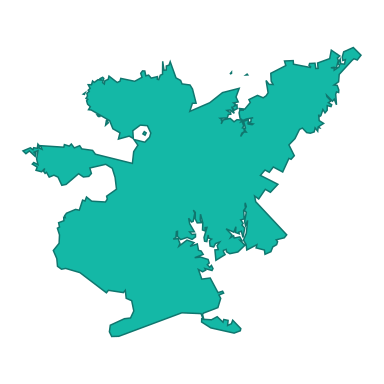 the district of MÄngere-ÅtÄhuhu Local Board Area, Auckland, New Zealand
{"feature_id": "76426892B61751173785029", "entity_name": "MÄngere-ÅtÄhuhu Local Board Area", "entity_type": "district", "adm_level": 2, "iso_a3": "NZL", "parent_name": "New Zealand", "parent_adm1": "Auckland", "projection": "equal_earth", "projection_center": [174.799, -36.975], "detail": "fine", "context": "isolated", "style": "filled", "palette": "teal", "viewbox_px": 384, "rotation_deg": 0, "n_neighbors": 0, "source": "geoboundaries", "source_scale": "gbopen_adm2", "svg_char_len": 5921}
<svg xmlns="http://www.w3.org/2000/svg" viewBox="0 0 384 384"><path d="M270.8,73.3L271.2,81.1L273.1,84.5L269.1,84.4L266.1,80.5L268.1,92.8L266.1,95.8L263.2,97.8L257.5,95.4L248.9,99.6L250.3,102.5L244.8,109.1L238.5,108.4L243.9,110.2L239.8,110.2L239.1,112.9L240.0,118.2L242.8,120.5L246.3,119.0L253.2,117.7L251.0,118.3L251.0,121.4L248.4,122.9L253.2,123.9L252.1,124.7L248.2,124.1L248.4,119.6L243.6,121.4L245.5,128.1L244.5,129.6L246.3,132.1L243.8,132.0L240.6,136.5L241.9,133.1L244.7,131.3L244.0,129.7L244.7,128.5L242.4,127.9L243.7,125.8L242.1,121.5L240.9,121.9L242.2,120.1L237.0,119.7L234.0,121.8L230.2,118.4L223.3,119.9L221.2,123.9L222.3,120.4L221.0,121.0L222.1,119.8L220.1,118.3L227.4,117.9L228.3,114.5L230.8,114.2L230.5,112.1L228.7,111.8L226.9,110.4L230.3,110.0L234.2,113.3L231.6,106.6L234.3,110.2L237.2,108.6L237.0,105.0L234.1,106.2L235.5,104.3L233.5,102.9L238.2,101.9L236.0,97.0L239.2,88.3L222.5,92.6L209.8,102.7L189.8,111.4L192.4,103.3L196.1,103.2L192.5,89.0L190.0,85.0L182.0,83.9L180.6,80.4L176.0,77.9L170.2,61.7L169.0,65.1L166.3,66.0L166.3,70.0L164.0,70.3L162.7,61.3L162.5,74.3L160.3,75.2L158.7,79.6L157.3,79.3L157.4,76.6L151.2,78.1L148.6,75.1L145.8,75.8L144.8,71.0L142.5,70.9L140.7,73.3L142.0,77.3L134.7,81.3L120.8,78.4L120.0,81.2L117.2,82.5L109.0,76.1L108.2,79.3L104.8,80.9L104.3,84.0L102.6,82.6L103.8,78.4L102.7,77.3L100.1,78.6L101.4,80.1L98.0,79.7L94.2,82.4L92.6,81.0L91.5,84.7L88.2,84.7L90.1,88.4L88.2,90.2L89.2,91.4L86.9,93.3L87.5,96.1L86.0,98.4L87.8,99.3L86.6,100.8L87.6,104.2L90.3,106.7L88.5,109.7L91.2,110.0L109.6,120.6L112.9,128.8L120.0,132.8L118.4,139.1L129.2,136.1L133.3,138.5L132.8,130.7L140.3,125.1L147.4,125.7L150.8,133.0L149.6,137.2L144.8,142.2L133.9,139.5L137.9,145.2L133.7,151.6L132.4,163.4L95.4,154.2L92.6,150.4L81.8,148.9L79.7,145.7L74.3,147.9L71.3,144.0L69.3,146.1L64.4,144.6L63.8,147.2L40.7,145.7L42.0,149.3L38.3,147.7L39.9,146.5L37.9,144.1L37.3,148.3L33.7,147.7L32.9,149.7L30.4,147.8L23.0,150.9L25.9,153.7L29.4,151.0L35.2,156.4L35.9,152.5L34.4,152.9L34.0,152.2L38.0,150.6L36.6,158.9L38.0,164.7L33.8,162.5L32.3,164.1L37.2,167.1L36.0,170.3L41.6,171.8L44.8,168.5L43.5,171.1L45.1,173.4L46.5,172.3L49.2,177.1L53.9,175.2L58.0,177.1L61.8,185.3L66.1,184.4L78.6,173.7L83.4,177.0L88.8,176.4L91.4,173.5L89.8,168.0L105.7,164.3L112.3,168.3L115.1,177.4L116.5,189.2L106.6,196.2L107.3,199.1L105.4,202.0L91.7,201.2L86.5,197.0L85.0,201.0L82.6,200.1L79.3,210.2L75.6,209.4L66.5,213.2L64.6,215.8L65.2,217.6L63.7,217.3L63.9,220.7L58.6,222.7L59.5,227.0L57.4,228.2L59.5,234.9L59.1,243.3L53.3,250.5L56.8,258.6L57.5,266.3L61.5,269.2L65.6,268.4L79.9,272.6L106.4,292.8L108.4,290.3L123.4,292.6L125.3,290.3L126.2,298.3L131.7,300.7L133.8,311.0L130.5,318.0L124.4,318.7L110.3,325.2L109.4,331.8L111.7,336.5L118.8,336.3L181.8,312.8L201.0,313.6L203.3,319.3L201.7,318.8L201.6,322.0L210.8,327.9L234.1,333.1L240.3,330.8L240.8,328.6L232.7,320.2L231.4,323.7L227.6,325.5L228.1,320.4L223.8,319.5L223.0,322.2L217.2,316.7L211.4,319.8L203.8,319.3L202.5,314.4L203.5,313.1L217.9,307.6L220.7,298.4L218.9,295.0L223.6,293.1L222.6,291.2L218.0,292.6L210.2,278.0L201.8,279.1L198.4,269.5L202.6,271.8L205.7,270.1L204.9,268.5L212.0,270.5L213.0,268.6L211.4,265.4L209.6,267.3L207.3,264.7L209.2,263.0L208.1,259.5L200.7,257.1L194.7,257.7L203.2,254.4L201.1,251.0L198.5,250.3L197.3,243.9L190.1,246.4L194.0,242.6L187.0,240.1L178.9,246.2L180.0,243.6L178.1,238.7L173.2,239.1L175.9,237.6L176.4,231.6L177.5,231.3L177.4,236.4L180.7,239.6L187.2,237.4L192.1,239.4L195.5,236.9L195.5,234.2L191.8,234.4L189.6,231.9L194.4,231.8L189.7,223.8L188.6,218.2L191.5,222.0L193.2,221.3L194.8,213.0L193.3,210.1L195.3,212.4L195.2,218.9L197.2,222.9L201.3,222.7L200.2,219.7L200.5,214.2L202.8,222.9L202.5,230.0L205.2,231.0L205.1,227.6L207.0,227.4L204.0,237.5L204.6,241.2L206.8,241.6L208.2,235.0L208.6,238.1L211.6,239.1L209.5,240.8L210.1,246.1L213.7,247.0L215.5,243.5L219.7,242.0L217.1,245.6L218.3,249.6L214.9,249.9L215.9,260.3L225.1,254.6L223.5,251.9L223.4,250.4L226.2,249.4L226.5,251.8L229.8,253.7L237.9,252.0L245.0,245.2L240.0,240.3L241.9,240.6L239.8,236.9L234.2,238.0L233.6,235.8L230.5,237.7L232.0,235.0L226.1,228.8L233.8,232.2L235.9,226.7L235.5,232.5L239.2,233.8L238.7,232.2L241.3,231.2L243.0,237.4L244.7,228.2L242.0,225.1L243.1,223.3L240.7,219.9L244.2,218.9L243.6,210.5L245.5,207.9L245.0,204.9L245.2,202.8L246.3,206.6L244.2,210.4L246.3,212.3L244.6,221.4L245.5,225.6L247.6,220.4L246.3,233.3L243.5,240.0L246.1,244.5L246.8,250.0L256.9,244.7L256.1,247.9L264.4,250.0L265.0,254.3L270.9,251.7L272.8,246.9L276.6,244.7L277.6,241.7L276.2,239.8L284.3,237.8L286.7,234.8L255.7,201.7L254.6,196.0L258.7,199.0L265.3,189.3L270.4,192.3L277.9,184.3L260.4,175.4L265.0,170.0L269.3,172.3L273.3,167.0L282.7,172.0L288.9,158.4L291.1,159.3L294.3,155.7L288.9,144.9L295.0,138.6L299.5,129.4L302.4,128.1L306.7,132.6L310.4,133.2L314.2,131.9L315.1,127.9L317.7,131.2L318.1,127.4L319.6,127.8L318.7,126.6L323.6,123.4L319.2,120.6L318.6,114.6L319.7,116.5L320.9,115.6L322.9,109.5L325.0,112.9L327.2,110.2L327.2,105.6L331.0,106.6L331.7,104.7L328.4,102.7L331.0,100.9L326.9,96.6L326.6,95.2L332.5,101.2L334.2,99.2L336.5,104.8L335.7,94.2L336.5,91.9L338.6,92.5L338.8,89.9L337.2,85.4L334.0,85.0L338.6,81.8L339.2,74.4L352.1,60.3L353.9,58.8L357.3,60.0L361.0,55.2L353.3,47.5L343.7,51.8L342.2,57.1L342.8,60.5L345.4,59.6L344.5,64.1L340.7,63.8L340.2,59.2L337.7,63.7L339.5,64.9L339.1,66.9L334.2,70.2L334.2,67.6L332.5,68.0L331.5,67.8L331.5,67.7L334.0,67.3L336.3,68.0L338.3,60.5L337.4,58.0L339.8,56.0L331.3,50.2L329.7,58.6L317.6,63.0L318.1,68.4L315.8,68.5L315.0,63.2L309.6,63.5L309.0,65.4L310.6,66.7L310.4,67.5L293.5,64.2L293.2,60.6L284.5,61.0L285.8,65.6L270.8,73.3ZM146.2,132.9L144.3,131.6L142.9,133.9L145.0,135.2L146.2,132.9ZM108.3,122.8L107.1,119.9L106.4,120.5L105.6,125.2L108.3,122.8ZM245.9,75.0L247.7,74.9L247.1,74.1L245.9,75.0ZM100.5,116.4L97.3,115.2L97.9,116.1L98.7,116.6L100.5,116.4ZM85.1,92.8L83.3,94.1L84.4,94.4L85.1,92.8ZM230.0,74.0L231.5,73.4L231.5,72.2L230.0,74.0Z" fill="#14b8a6" stroke="#0f766e" stroke-width="1.5"/></svg>